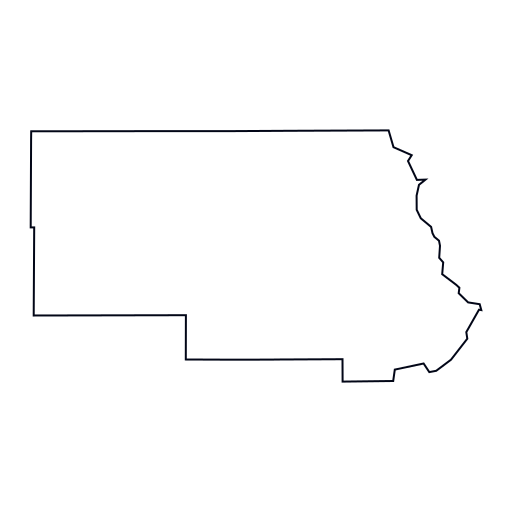 Stearns, Minnesota, United States of America (Robinson projection)
{"feature_id": "52423323B14024513602917", "entity_name": "Stearns", "entity_type": "district", "adm_level": 2, "iso_a3": "USA", "parent_name": "United States of America", "parent_adm1": "Minnesota", "projection": "robinson", "projection_center": [-94.368, 45.529], "detail": "fine", "context": "isolated", "style": "outline", "palette": "ink", "viewbox_px": 512, "rotation_deg": 0, "n_neighbors": 0, "source": "geoboundaries", "source_scale": "gbopen_adm2", "svg_char_len": 709}
<svg xmlns="http://www.w3.org/2000/svg" viewBox="0 0 512 512"><path d="M31.2,131.3L31.1,138.7L30.7,227.4L34.2,227.4L33.7,315.5L185.9,315.2L185.8,359.5L236.6,359.7L270.9,359.6L279.8,359.5L342.5,359.2L342.6,381.6L393.2,381.0L394.8,369.6L423.6,363.5L429.3,372.1L436.2,370.8L451.0,359.7L467.3,338.7L466.3,332.1L479.0,309.7L481.3,310.1L479.7,304.2L468.1,302.4L458.7,293.2L459.4,287.8L456.3,284.9L442.2,274.2L443.2,262.4L439.2,257.8L440.0,245.8L439.0,240.7L434.4,236.9L432.5,233.2L431.1,226.9L420.8,218.3L416.7,209.8L416.6,195.6L419.0,184.8L425.5,179.6L416.9,179.9L408.0,161.0L411.7,155.2L393.5,147.2L388.6,130.4L289.1,130.8L235.3,131.1L184.7,131.1L31.2,131.3Z" fill="none" stroke="#020617" stroke-width="2"/></svg>